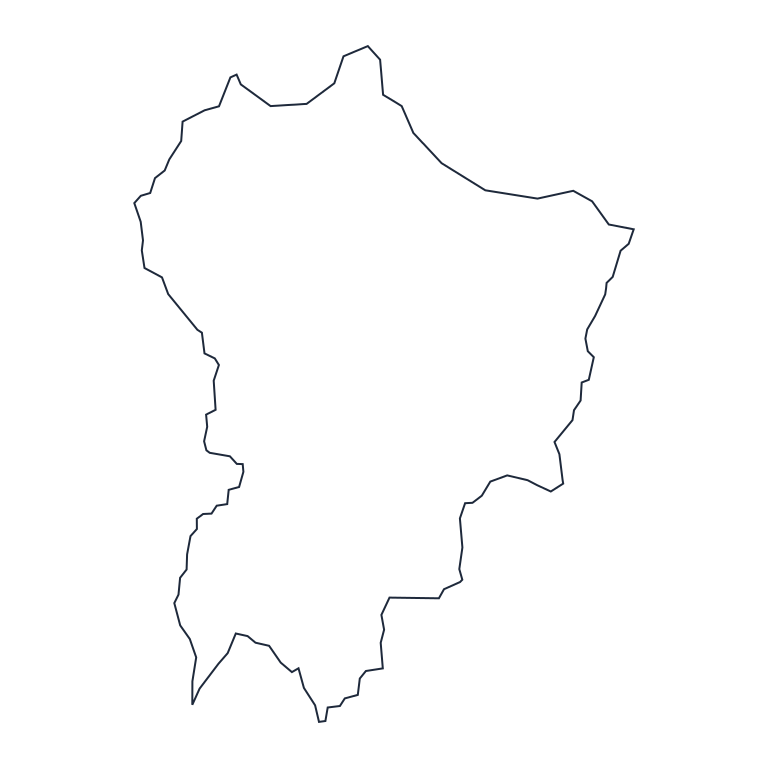 Luquillo, Puerto Rico
{"feature_id": "32010507B254490582873", "entity_name": "Luquillo", "entity_type": "district", "adm_level": 2, "iso_a3": "PRI", "parent_name": "Puerto Rico", "parent_adm1": "", "projection": "equal_earth", "projection_center": [-65.727, 18.339], "detail": "fine", "context": "isolated", "style": "outline", "palette": "slate", "viewbox_px": 768, "rotation_deg": 0, "n_neighbors": 0, "source": "geoboundaries", "source_scale": "gbopen_adm2", "svg_char_len": 1949}
<svg xmlns="http://www.w3.org/2000/svg" viewBox="0 0 768 768"><path d="M633.7,229.3L608.8,224.5L592.1,201.3L574.7,191.6L573.3,190.8L570.5,191.4L537.5,198.6L523.6,196.4L485.3,190.3L441.6,163.2L436.2,157.4L426.6,147.1L423.2,143.4L422.9,143.2L413.3,132.9L412.3,130.5L406.3,116.7L406.1,116.2L401.7,106.1L395.9,102.5L383.1,94.8L382.4,86.7L381.2,72.3L380.1,59.7L367.8,46.1L360.5,49.2L355.4,51.3L343.5,56.3L334.3,83.3L319.1,94.6L306.6,103.9L302.9,104.1L295.6,104.6L288.1,105.0L278.7,105.6L275.3,105.8L270.6,106.1L240.8,84.4L238.2,78.3L236.6,74.6L230.4,77.4L219.0,106.3L204.6,110.3L182.6,121.6L181.2,141.0L169.3,159.4L164.7,170.5L155.0,178.1L150.2,193.0L140.8,195.8L134.3,203.1L140.7,221.8L143.0,240.4L141.8,250.4L144.5,268.0L162.0,277.4L168.2,294.1L197.4,329.8L201.9,332.7L204.5,353.4L214.8,358.4L218.9,365.0L213.7,380.7L215.6,409.8L206.1,414.6L207.2,426.8L204.1,441.3L206.4,450.3L209.7,452.8L229.9,456.3L236.8,463.9L242.7,464.1L243.4,471.8L239.1,487.0L228.7,489.8L227.2,504.1L216.7,505.7L211.5,513.6L203.1,514.0L196.8,518.7L196.9,529.0L190.5,536.1L187.1,554.4L186.6,569.5L180.1,577.8L178.5,594.6L174.3,603.1L180.2,625.4L189.8,639.0L196.2,657.4L192.4,681.3L192.3,704.8L199.6,688.6L218.5,663.7L227.7,653.1L235.8,633.5L247.6,636.1L255.5,642.7L269.1,645.8L280.7,662.6L291.9,672.1L298.5,668.3L303.9,687.9L315.1,705.3L319.0,721.9L325.4,721.0L327.7,707.5L339.9,706.0L344.8,698.4L357.8,694.9L359.8,678.5L365.9,671.0L382.8,668.4L380.7,642.8L384.1,629.7L381.4,614.9L389.5,597.6L438.9,598.3L444.0,589.2L460.1,582.0L462.3,579.7L459.3,569.1L462.4,547.5L459.9,518.4L465.1,503.2L472.5,502.8L481.8,495.7L490.3,481.6L507.2,475.4L527.6,480.2L537.2,485.2L550.8,491.5L563.2,483.6L562.6,480.1L559.4,454.2L554.5,442.0L572.5,420.1L574.0,410.2L580.6,400.5L581.7,382.5L588.8,379.8L593.8,357.2L587.8,351.2L585.4,338.6L587.2,329.4L595.1,316.0L605.2,294.4L606.1,288.2L606.6,282.9L612.7,276.9L620.6,250.7L628.7,243.8L633.7,229.3Z" fill="none" stroke="#1e293b" stroke-width="2"/></svg>